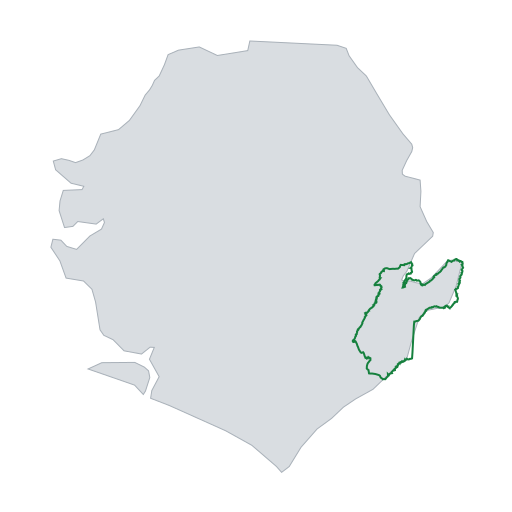 location of Kailahun, Eastern, Sierra Leone, rotated 3°
{"feature_id": "65957751B248885957650", "entity_name": "Kailahun", "entity_type": "district", "adm_level": 2, "iso_a3": "SLE", "parent_name": "Sierra Leone", "parent_adm1": "Eastern", "projection": "orthographic", "projection_center": [-10.677, 8.06], "detail": "fine", "context": "in_parent", "style": "outline", "palette": "green", "viewbox_px": 512, "rotation_deg": 3, "n_neighbors": 0, "source": "geoboundaries", "source_scale": "gbopen_adm2", "svg_char_len": 7677}
<svg xmlns="http://www.w3.org/2000/svg" viewBox="0 0 512 512"><g transform="rotate(3 256 256)"><path d="M461.7,251.4L461.3,255.7L457.4,275.6L451.2,292.7L447.1,296.9L429.6,301.4L422.2,308.9L415.7,333.2L411.6,352.3L405.6,355.5L379.8,383.0L363.0,393.5L351.2,402.4L340.1,414.1L326.1,425.5L311.0,444.6L300.2,464.5L292.9,470.7L287.4,465.1L261.8,445.3L234.8,432.1L177.4,409.9L158.2,403.6L159.0,395.8L165.6,381.6L155.0,364.7L159.2,352.6L155.0,352.6L146.8,359.9L129.2,357.6L117.7,347.1L108.2,343.2L104.1,337.9L98.2,310.3L93.9,297.8L85.1,290.0L67.5,288.0L60.4,271.1L50.7,258.0L52.3,249.9L60.3,250.4L66.5,256.3L76.5,258.8L89.1,244.7L100.3,237.2L102.9,230.5L101.6,226.8L94.7,232.5L76.2,230.9L71.6,236.0L63.3,237.6L57.0,221.0L57.4,211.3L60.1,200.6L78.8,198.8L80.4,195.4L67.5,193.0L51.4,180.4L48.6,171.8L56.6,169.0L64.3,170.3L70.9,172.2L78.1,169.2L84.9,164.5L89.0,158.5L94.6,142.4L112.1,137.0L122.5,127.2L132.3,111.9L136.9,101.1L141.0,95.7L143.5,91.1L145.5,85.9L149.9,81.3L154.5,69.9L157.7,59.5L167.8,54.5L188.4,50.2L206.9,57.8L237.0,51.3L238.6,41.6L266.1,41.5L298.7,41.4L325.9,41.3L335.2,43.9L338.5,51.2L347.5,62.6L356.8,70.5L368.3,87.9L381.8,108.0L396.3,126.3L405.7,136.2L406.8,139.6L406.1,143.5L401.5,152.8L397.5,162.8L397.9,166.6L400.7,168.5L415.9,171.6L417.3,182.8L417.3,198.2L424.7,212.7L431.8,223.3L431.4,227.0L414.2,245.2L407.5,263.2L404.1,268.2L402.7,272.2L406.2,274.1L410.9,272.9L417.6,274.4L423.9,275.0L432.4,268.5L446.4,252.0L451.1,249.9L461.7,251.4ZM152.7,396.6L150.7,400.2L141.5,391.3L94.2,377.6L107.6,370.6L140.5,368.6L150.3,372.8L154.7,376.3L156.3,382.9L152.7,396.6Z" fill="#d9dde1" stroke="#a8b0b8" stroke-width="1"/><path d="M389.9,372.2L391.5,372.3L391.8,372.0L391.9,371.6L392.3,371.3L392.8,370.4L393.9,369.4L394.1,368.6L393.9,367.0L395.0,368.0L395.8,366.6L396.7,366.2L397.9,365.9L397.4,365.0L399.1,363.0L399.6,363.1L399.9,362.2L400.7,362.4L400.6,361.2L402.0,360.1L401.7,359.6L402.4,359.5L402.2,358.9L403.1,358.8L403.0,358.0L403.6,357.4L403.3,356.6L404.6,355.4L405.0,355.7L405.0,355.0L405.7,355.0L405.6,354.6L405.9,354.4L406.4,354.7L407.3,353.5L407.9,354.0L408.1,353.8L408.6,353.8L408.6,353.4L409.7,353.1L410.2,351.5L410.7,352.1L411.2,351.5L412.0,351.3L412.1,350.8L413.1,351.3L414.1,351.3L414.8,350.7L416.0,350.6L417.2,350.1L417.3,344.2L417.3,316.9L417.5,313.2L418.6,313.1L419.2,312.7L421.6,312.1L423.0,310.2L423.4,308.9L424.4,307.4L425.4,307.1L425.6,306.5L426.0,306.2L426.0,305.7L426.9,304.8L427.1,303.8L427.6,303.7L427.8,302.7L428.7,301.9L428.2,301.3L428.6,300.8L429.7,300.3L432.0,298.6L434.0,298.4L434.1,297.9L435.2,297.9L435.5,297.8L435.6,297.5L437.0,296.9L438.0,297.1L439.0,296.7L439.7,297.3L441.0,297.3L441.5,297.9L442.1,298.0L445.4,297.9L446.0,298.2L446.2,297.7L446.6,297.7L447.2,297.9L447.4,297.7L446.9,297.0L447.3,296.8L447.6,296.1L447.8,296.0L448.3,296.0L448.6,295.6L449.0,295.8L449.4,295.7L449.9,296.4L450.3,296.4L450.1,296.7L451.3,297.5L451.7,297.6L452.2,298.0L452.4,297.4L453.0,297.2L453.3,296.9L454.4,295.6L454.5,295.1L455.0,294.8L455.1,294.4L455.5,294.0L455.7,293.3L456.7,292.6L456.6,292.1L456.8,291.6L457.4,291.6L458.0,291.2L459.1,291.3L459.4,290.5L459.4,290.0L459.5,289.2L459.9,288.3L459.8,287.5L459.0,286.0L458.9,285.2L458.2,285.2L458.2,284.2L458.6,283.6L458.1,283.5L457.9,282.1L457.6,281.6L457.1,280.0L456.7,279.3L457.3,278.9L457.4,278.4L458.0,278.4L459.3,277.5L459.0,276.5L459.5,276.3L459.9,274.5L459.8,274.1L460.2,273.7L459.8,273.1L460.2,272.9L460.2,272.4L460.9,272.2L460.9,271.2L460.4,270.8L460.9,269.8L460.2,269.3L460.3,268.0L460.7,267.9L461.3,266.9L460.9,265.5L461.3,265.2L461.6,264.4L462.0,264.3L462.4,263.7L462.2,262.8L462.4,262.5L462.2,262.1L462.7,261.9L462.8,261.0L463.0,260.2L462.3,259.6L462.0,259.0L463.4,256.9L462.7,255.9L462.9,255.4L462.0,254.1L462.6,253.9L462.8,252.8L462.4,251.2L461.9,251.3L460.7,250.3L460.3,250.3L459.9,250.7L459.8,250.4L459.1,250.3L459.1,250.0L458.6,249.9L458.4,249.6L457.3,249.7L457.3,249.3L456.5,248.5L456.0,248.5L455.8,249.0L454.4,249.3L454.0,250.2L453.2,250.2L451.5,251.6L451.1,251.3L449.9,251.0L448.5,250.2L447.9,250.3L447.5,251.9L447.1,252.2L446.5,253.7L446.5,255.0L446.0,255.7L445.7,256.6L444.6,257.5L443.9,257.5L443.3,258.2L442.4,259.8L441.7,260.6L441.5,261.3L440.9,261.9L440.5,262.4L439.2,263.3L438.9,263.8L438.5,264.2L437.7,264.5L437.1,264.5L437.1,265.4L436.1,265.7L435.1,266.4L434.5,267.3L435.0,268.1L434.0,268.8L433.8,269.5L432.2,271.2L431.2,271.6L430.6,272.6L428.6,273.9L427.6,274.7L426.7,275.2L426.2,276.1L425.1,275.8L424.1,276.5L423.6,275.7L423.2,275.6L422.8,276.3L422.2,275.9L421.8,275.1L421.8,274.4L421.5,273.4L421.0,272.8L419.8,271.8L417.9,272.2L417.1,271.5L416.7,271.5L415.9,272.0L415.0,272.0L412.7,271.4L412.6,270.8L411.3,270.0L410.6,270.4L410.0,270.1L409.6,270.2L409.1,271.5L408.0,272.5L407.9,273.5L407.5,275.0L407.1,274.9L406.7,275.0L406.1,278.0L406.4,278.9L405.6,279.2L405.0,279.6L404.1,279.8L404.5,278.4L404.8,278.2L404.5,277.2L404.7,276.5L405.2,275.9L404.6,275.1L405.6,273.7L405.6,273.0L406.2,272.2L407.3,270.2L407.3,267.2L407.8,266.3L408.8,266.0L409.3,265.4L410.1,265.8L411.5,265.4L411.5,264.7L412.5,264.1L412.7,263.6L412.0,261.6L412.0,260.7L411.8,260.0L411.1,259.9L411.7,259.5L412.1,257.7L412.7,257.3L412.3,256.5L412.5,256.0L412.2,255.7L411.2,254.1L410.2,254.5L409.7,255.0L408.1,255.4L406.9,256.2L404.8,256.4L404.6,257.4L401.0,257.3L400.5,258.3L400.2,259.6L398.5,261.2L396.9,261.3L395.2,261.6L393.3,261.6L390.0,262.1L387.5,261.3L386.5,261.4L385.3,261.7L384.0,262.7L384.5,263.6L384.5,264.4L383.1,264.3L382.9,264.8L381.8,265.7L381.8,266.2L381.5,266.7L380.5,267.4L380.4,267.8L380.9,269.3L380.6,271.2L380.8,272.1L381.2,272.0L380.5,273.2L379.9,273.6L379.3,274.6L376.8,276.9L376.4,277.9L375.9,278.4L376.0,279.0L376.4,279.0L377.0,278.7L377.3,278.8L377.7,278.6L378.5,278.7L379.2,278.3L379.6,278.5L381.1,278.1L381.5,278.4L381.8,279.3L382.0,279.5L382.6,279.5L382.8,279.7L382.7,280.8L383.0,280.9L382.8,281.7L382.5,282.0L382.6,282.5L382.3,282.7L382.7,282.9L381.7,283.8L381.5,284.7L381.6,285.0L381.0,285.6L380.6,286.6L380.9,286.9L380.5,287.0L380.9,287.6L380.3,288.0L380.4,288.5L380.2,288.7L380.4,289.1L380.3,289.4L379.9,289.3L379.3,289.9L379.1,290.0L379.0,290.3L378.7,290.3L378.4,290.8L378.9,291.5L378.8,292.0L378.4,292.2L378.5,292.7L378.3,292.7L378.1,293.0L378.2,293.3L378.1,293.5L378.3,293.6L377.9,294.5L378.5,294.7L378.6,295.0L378.4,295.2L378.6,295.5L378.2,295.7L378.4,295.9L378.4,296.2L378.0,296.1L377.3,297.0L377.0,297.0L376.8,297.9L376.8,298.3L376.3,298.4L376.1,298.9L375.8,299.0L376.2,299.5L375.9,300.2L375.0,300.8L374.8,301.2L374.5,301.5L373.9,301.7L373.4,302.3L372.8,302.6L372.3,303.2L371.5,304.3L371.7,304.7L371.3,304.8L370.6,306.2L369.9,306.7L368.5,306.9L368.1,307.2L369.0,307.9L368.3,308.4L368.5,308.9L369.1,309.2L369.3,309.4L367.9,311.2L368.1,311.4L367.7,312.6L367.3,313.3L367.2,313.7L366.8,314.2L366.2,315.7L365.6,316.8L365.8,317.6L364.8,320.0L364.4,320.4L363.9,321.6L363.3,321.8L362.5,323.2L362.2,323.9L361.8,323.7L361.5,324.0L361.8,324.7L360.9,325.8L360.8,326.2L361.0,326.7L360.7,328.0L360.7,328.8L360.3,329.2L359.8,329.2L359.7,329.5L360.0,330.4L359.9,330.9L359.4,331.3L359.1,332.9L358.4,334.2L357.5,334.9L357.1,335.5L357.1,336.1L357.5,336.7L358.0,336.8L359.0,336.5L359.3,335.8L359.6,335.8L360.0,336.2L361.4,338.7L362.0,340.5L362.4,341.0L363.7,344.1L365.6,346.8L366.5,347.2L368.0,346.5L368.6,347.2L369.2,348.6L369.7,350.1L370.6,351.9L370.9,351.7L371.2,351.7L371.7,352.3L371.9,351.9L372.7,352.4L372.9,352.4L372.9,351.8L373.3,351.1L373.7,351.5L374.1,351.4L374.7,351.9L375.0,351.8L375.6,352.1L375.7,354.0L374.9,354.8L374.3,355.8L373.5,356.8L373.0,357.8L372.5,360.0L372.5,362.5L373.1,363.2L374.3,364.0L375.0,367.3L375.8,367.4L378.2,367.3L381.4,367.6L384.7,368.4L385.4,368.7L386.0,369.1L386.9,370.9L388.3,371.7L389.2,372.5L389.9,372.2Z" fill="none" stroke="#15803d" stroke-width="2"/></g></svg>